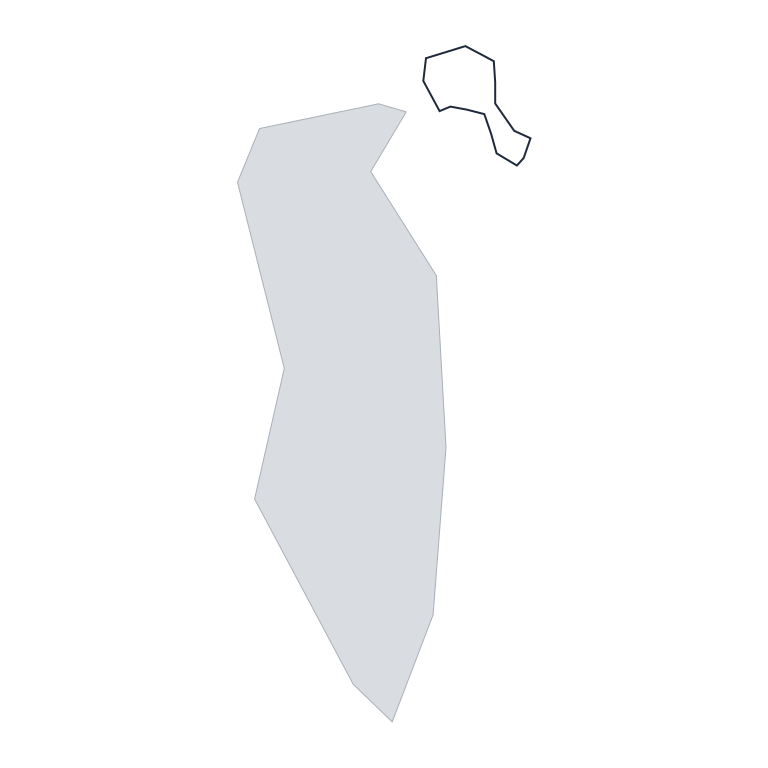 where Al Muḩarraq sits in Bahrain
{"feature_id": "BHR-4930", "entity_name": "Al Muḩarraq", "entity_type": "Governorate", "adm_level": 1, "iso_a3": "BHR", "parent_name": "Bahrain", "parent_adm1": "", "projection": "mercator", "projection_center": [50.643, 26.245], "detail": "fine", "context": "in_parent", "style": "outline", "palette": "slate", "viewbox_px": 768, "rotation_deg": 0, "n_neighbors": 0, "source": "natural_earth", "source_scale": "10m", "svg_char_len": 543}
<svg xmlns="http://www.w3.org/2000/svg" viewBox="0 0 768 768"><path d="M433.1,614.8L392.2,721.9L353.3,684.4L254.6,499.0L284.3,368.4L237.5,182.2L259.6,128.5L378.6,103.8L406.2,111.9L370.7,171.6L436.3,275.5L446.0,447.3L433.1,614.8Z" fill="#d9dde1" stroke="#a8b0b8" stroke-width="1"/><path d="M426.0,58.2L465.4,46.1L493.8,61.2L495.2,82.4L495.2,103.5L514.2,130.8L530.5,138.3L523.7,158.0L516.9,165.5L496.6,153.4L491.1,133.8L484.3,114.1L466.7,109.6L450.4,106.6L439.6,111.1L423.3,80.9L426.0,58.2Z" fill="none" stroke="#1e293b" stroke-width="2"/></svg>